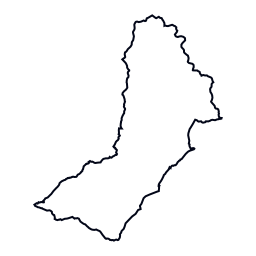 the district of Frumosu, Suceava, Romania
{"feature_id": "2599482B3089317058178", "entity_name": "Frumosu", "entity_type": "district", "adm_level": 2, "iso_a3": "ROU", "parent_name": "Romania", "parent_adm1": "Suceava", "projection": "orthographic", "projection_center": [25.627, 47.639], "detail": "fine", "context": "isolated", "style": "outline", "palette": "ink", "viewbox_px": 256, "rotation_deg": 0, "n_neighbors": 0, "source": "geoboundaries", "source_scale": "gbopen_adm2", "svg_char_len": 5826}
<svg xmlns="http://www.w3.org/2000/svg" viewBox="0 0 256 256"><path d="M105.3,238.3L106.1,238.8L106.4,238.8L106.8,238.5L108.4,238.7L109.6,239.4L109.9,239.9L111.7,240.2L112.0,240.0L112.6,240.1L113.0,240.0L113.9,240.6L115.4,239.8L116.6,239.6L117.6,240.1L118.4,239.9L119.8,237.6L120.1,235.5L119.9,234.3L121.2,232.6L121.4,231.4L121.9,230.7L123.7,228.9L124.6,226.7L125.6,223.3L132.2,216.4L135.6,213.9L138.1,210.0L140.6,209.1L140.4,207.7L140.0,206.4L140.0,205.7L141.4,203.9L143.6,198.2L145.6,196.3L149.7,194.5L156.9,191.7L158.8,191.1L159.1,187.6L158.9,186.8L158.7,186.5L159.5,185.7L159.1,185.1L158.7,185.0L158.9,184.2L159.5,183.1L161.0,181.0L162.1,179.1L163.5,176.2L163.8,175.1L165.4,173.7L165.9,172.6L169.0,169.1L168.9,168.7L169.4,167.7L169.6,167.2L170.6,168.0L170.8,167.1L171.7,166.0L172.3,165.6L173.5,165.8L174.3,165.2L175.6,165.2L175.9,164.9L176.8,163.8L177.7,162.1L178.5,161.5L179.0,160.8L180.1,160.3L180.4,159.5L181.6,159.1L185.7,153.9L188.0,151.7L189.6,150.8L192.8,149.7L193.9,149.3L194.4,148.7L194.2,148.4L193.5,148.1L192.4,148.2L190.7,148.6L189.6,146.4L189.4,145.3L189.6,144.5L189.4,144.2L188.8,143.7L189.3,140.8L188.2,135.3L188.4,133.2L189.7,129.0L190.7,127.5L192.7,124.2L195.2,119.7L196.5,120.1L197.2,120.5L197.7,121.1L198.6,121.6L201.1,121.3L201.3,121.5L201.8,122.2L203.0,122.7L205.2,122.2L205.6,121.9L205.7,121.4L205.9,121.3L208.4,121.4L210.2,120.7L210.9,120.2L212.3,119.8L215.1,120.2L217.1,119.4L218.6,119.2L219.1,118.6L220.0,119.0L220.8,118.5L221.4,118.6L221.6,118.0L219.9,117.8L219.2,117.3L219.2,116.9L218.8,116.2L218.6,114.5L219.0,113.7L218.6,112.4L218.8,111.4L218.2,109.3L217.1,108.7L216.3,108.7L215.6,108.4L215.0,107.6L214.7,106.0L214.0,105.1L211.4,102.2L211.1,101.6L212.0,99.7L212.2,98.7L212.4,98.0L212.4,97.0L212.2,96.1L212.2,95.3L211.9,94.8L211.6,93.8L210.4,91.9L210.1,89.1L210.6,87.9L211.3,87.2L211.6,86.2L211.6,84.4L211.7,83.9L213.0,82.4L213.3,82.2L212.6,81.1L211.9,78.5L211.4,77.8L210.6,77.3L208.0,76.3L206.9,75.4L205.1,75.5L203.2,75.0L201.7,75.6L201.7,75.2L200.7,74.6L200.2,73.8L199.9,73.2L199.7,72.0L198.9,71.5L198.0,71.1L197.4,70.5L193.0,70.4L192.8,70.2L193.0,69.0L193.5,67.5L193.7,67.2L193.6,65.1L193.4,64.7L192.4,63.8L189.0,63.0L187.9,62.0L187.8,61.5L188.3,60.1L188.6,58.3L188.5,57.6L187.9,55.6L186.7,54.8L184.5,52.9L184.2,52.5L184.0,52.0L184.0,50.2L183.5,49.3L181.7,47.4L181.4,46.9L181.4,44.6L182.6,42.9L185.1,40.4L185.0,38.2L184.0,37.3L183.3,36.8L181.1,36.2L179.2,36.5L177.9,37.0L176.6,36.7L175.8,36.3L175.5,35.9L174.9,34.5L176.8,32.1L176.8,31.8L177.3,30.8L176.7,30.1L176.1,28.8L176.3,27.7L176.3,27.3L174.8,26.0L173.7,25.7L172.6,24.9L171.8,24.9L168.0,26.1L166.5,26.0L165.1,25.5L164.4,25.8L164.4,23.1L163.0,20.3L162.6,20.0L162.0,18.9L161.8,18.3L161.6,18.1L160.1,17.9L158.8,16.8L156.2,18.2L155.7,18.0L152.2,15.4L148.1,17.8L146.8,18.3L146.0,20.7L145.7,20.9L145.0,21.1L143.7,20.5L140.9,21.7L138.7,22.1L137.2,21.6L136.2,21.7L135.6,22.1L134.6,23.8L134.3,24.8L134.6,27.3L134.6,28.8L134.2,29.9L133.1,31.7L133.0,32.3L133.2,33.5L133.8,35.8L133.9,36.4L133.2,40.1L131.9,42.1L131.7,43.4L131.8,44.0L131.5,45.1L130.5,46.7L127.8,49.2L126.8,50.9L125.9,51.9L125.0,52.4L124.7,54.3L125.2,57.0L124.7,57.7L123.6,58.4L122.3,59.4L125.6,62.9L126.3,64.1L127.1,65.9L127.1,67.3L127.5,68.3L128.4,69.5L129.2,70.2L129.2,70.7L128.1,71.8L127.8,72.5L127.8,73.4L128.6,75.7L128.3,77.3L127.2,78.3L126.8,80.2L126.6,82.5L126.9,83.2L127.3,87.7L126.1,89.5L123.9,91.4L122.6,93.1L122.4,94.6L122.9,94.9L123.6,96.1L124.6,99.2L124.8,101.4L125.0,101.6L124.7,102.6L124.1,104.0L124.0,104.3L124.2,105.3L123.9,106.3L123.9,106.7L124.3,107.6L124.9,108.3L125.1,108.8L125.1,109.2L124.9,109.8L124.2,111.2L124.1,113.4L123.5,114.0L123.2,114.8L122.8,115.3L121.8,117.7L121.6,118.5L121.7,120.0L121.0,121.7L121.0,122.8L120.8,123.1L120.6,125.6L120.7,126.8L121.0,127.1L121.1,127.7L121.7,128.5L119.6,128.5L119.0,128.4L118.9,129.5L118.8,130.0L119.0,133.4L118.6,134.2L119.8,135.5L119.5,136.1L118.6,136.9L118.4,137.8L118.7,138.5L118.5,138.8L118.5,139.1L117.8,140.2L116.9,140.8L115.9,141.9L114.8,144.5L114.5,144.8L114.2,145.6L113.4,146.5L114.0,147.4L114.8,147.7L115.2,148.4L115.4,148.2L115.9,149.0L116.9,150.1L116.1,152.5L117.0,154.0L116.5,154.9L116.1,154.8L115.5,154.9L113.6,156.2L112.7,156.5L111.5,157.7L110.9,157.7L109.7,156.9L109.2,157.9L108.7,158.2L107.1,158.4L106.0,158.3L103.4,158.9L102.5,159.7L101.2,161.3L100.6,162.4L97.2,162.7L95.5,163.0L94.4,162.8L93.2,162.0L92.2,161.6L91.8,161.8L91.0,161.6L90.0,161.0L89.5,161.3L89.4,161.9L88.7,162.0L88.9,162.9L88.6,163.3L88.0,163.6L87.1,163.5L86.7,164.0L86.0,164.0L85.5,164.7L84.4,165.6L84.0,166.1L83.7,166.3L83.6,166.6L83.5,167.5L83.1,168.6L83.1,169.1L82.5,169.9L82.3,171.0L81.8,171.3L81.4,172.0L80.9,172.2L80.8,172.6L79.4,173.9L78.3,174.5L77.7,174.7L77.1,175.8L76.7,176.5L76.2,176.9L75.8,176.9L74.6,177.0L73.2,176.7L72.7,176.9L72.3,176.8L70.8,177.6L70.4,177.6L69.7,177.9L69.2,177.7L68.7,178.1L67.7,178.0L66.9,178.7L66.0,179.0L65.6,179.6L65.3,179.8L64.2,180.1L61.7,181.3L59.8,182.9L59.5,183.3L59.3,184.4L58.8,185.3L57.4,187.0L56.3,188.0L53.4,191.1L51.2,194.1L50.5,194.7L47.7,197.5L45.3,198.4L44.8,199.3L43.0,201.2L43.8,201.6L44.0,202.0L43.9,202.3L43.5,202.4L41.0,202.0L39.6,202.6L38.6,202.2L38.3,202.5L37.8,203.5L37.6,203.6L36.6,203.2L34.4,204.7L35.0,205.5L35.3,206.1L36.3,206.3L37.7,207.2L39.1,207.4L41.1,208.2L41.7,208.2L42.2,208.3L42.3,208.6L47.0,210.6L49.5,210.3L50.5,210.7L51.8,211.7L52.0,213.2L52.7,214.3L53.8,215.1L54.2,215.1L54.8,217.3L54.7,219.0L55.6,219.3L56.1,219.8L57.7,220.1L58.6,219.7L59.6,219.7L60.2,219.2L60.7,219.3L61.7,220.1L64.7,218.8L66.9,218.6L68.2,218.3L72.4,216.9L74.5,218.6L74.9,218.3L76.2,218.4L77.4,218.1L78.9,218.7L79.6,220.1L80.5,221.6L82.8,223.3L84.0,224.0L85.3,224.4L87.3,226.5L88.3,227.2L88.5,227.6L89.4,228.3L89.8,228.4L90.4,228.9L92.0,229.6L93.2,229.8L94.6,229.9L96.3,229.5L97.3,230.1L99.7,231.1L100.5,231.9L102.5,234.8L105.3,238.3Z" fill="none" stroke="#020617" stroke-width="2"/></svg>